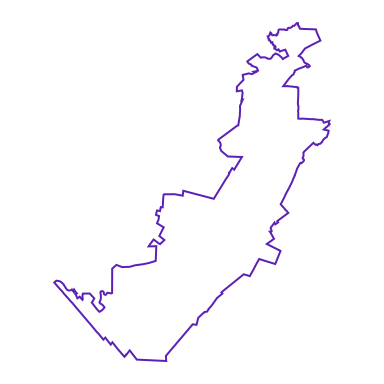 the district of Huixtla, Chiapas, Mexico
{"feature_id": "50627088B92942016070156", "entity_name": "Huixtla", "entity_type": "district", "adm_level": 2, "iso_a3": "MEX", "parent_name": "Mexico", "parent_adm1": "Chiapas", "projection": "robinson", "projection_center": [-92.525, 15.122], "detail": "fine", "context": "isolated", "style": "outline", "palette": "violet", "viewbox_px": 384, "rotation_deg": 0, "n_neighbors": 0, "source": "geoboundaries", "source_scale": "gbopen_adm2", "svg_char_len": 5769}
<svg xmlns="http://www.w3.org/2000/svg" viewBox="0 0 384 384"><path d="M54.3,282.5L59.2,288.2L62.6,291.9L64.2,294.0L64.5,294.3L66.0,296.0L67.0,297.0L67.2,297.4L68.3,298.5L70.5,301.1L71.1,301.6L74.5,305.5L76.1,307.5L76.7,308.2L79.4,311.4L81.1,313.3L87.8,321.3L89.8,323.5L96.9,332.1L98.7,333.9L103.3,339.6L105.3,337.6L110.7,344.6L112.4,342.3L117.7,349.0L124.4,356.8L125.9,354.8L126.1,355.1L129.7,350.4L136.8,359.6L166.2,361.0L165.9,355.9L192.7,324.3L196.5,324.8L198.2,317.9L203.1,313.2L203.9,312.8L204.3,312.1L207.1,311.6L207.9,310.3L208.5,309.6L208.5,309.0L211.3,306.0L215.5,300.2L216.9,298.1L222.4,293.6L221.4,292.4L223.5,290.6L243.7,274.3L249.8,276.1L253.7,269.1L255.7,265.2L259.1,259.0L266.1,261.2L275.3,264.0L280.5,250.9L266.8,244.0L274.0,238.8L270.6,232.7L269.9,231.7L271.2,231.7L271.5,231.5L271.7,231.0L271.6,230.5L271.3,230.0L270.7,228.5L270.7,228.0L270.8,227.6L271.0,227.2L271.6,226.5L274.5,222.6L275.3,224.3L278.1,222.4L277.2,221.2L278.7,220.0L288.3,212.9L287.1,211.5L286.1,210.5L283.7,207.7L280.7,204.3L284.0,198.0L286.5,192.6L289.0,188.1L292.3,181.4L293.5,178.2L294.8,175.7L294.6,175.5L295.7,172.8L297.0,169.0L297.4,168.0L299.3,164.6L300.5,162.9L301.2,163.2L301.9,162.9L302.3,162.3L303.4,161.4L304.0,160.4L304.0,160.0L303.7,159.2L302.7,158.6L302.6,158.2L302.9,157.2L303.3,156.7L303.5,155.4L303.5,152.4L305.0,150.8L313.4,142.8L315.1,144.4L315.5,144.7L315.7,144.8L316.3,144.5L316.7,144.6L317.2,145.0L317.5,145.2L317.8,145.0L317.9,144.8L318.5,144.0L319.1,143.9L319.8,143.9L320.3,143.7L322.2,141.8L322.2,141.5L323.3,139.7L325.2,137.9L326.7,137.2L328.4,132.5L328.6,130.7L323.8,129.5L326.3,127.1L326.8,126.9L327.4,126.3L328.1,125.5L328.4,125.3L329.6,125.3L329.1,125.1L328.9,124.8L329.0,124.6L329.7,124.0L329.6,123.9L328.9,123.3L328.7,122.9L328.8,122.2L329.3,121.0L323.9,122.7L322.2,119.9L318.1,119.8L315.9,119.4L315.4,119.5L314.5,119.4L313.3,119.1L311.2,119.2L302.4,118.6L300.8,118.8L298.3,118.6L298.2,115.2L298.3,112.8L298.0,110.8L298.3,110.3L298.5,106.5L298.0,104.9L298.0,104.2L297.9,103.6L298.0,100.3L298.2,98.1L298.2,95.3L298.3,91.9L298.3,88.0L297.6,87.9L297.6,87.2L290.3,86.4L287.5,86.2L287.1,86.0L286.9,86.2L283.3,86.2L288.6,79.1L292.0,75.3L293.4,74.5L293.9,73.2L294.7,71.9L294.7,70.7L299.0,68.6L303.4,67.0L306.2,65.6L307.2,67.4L308.3,67.2L309.3,66.7L309.8,66.2L309.7,65.9L309.1,65.2L307.6,64.1L306.9,63.7L305.2,63.0L304.5,62.5L304.0,61.7L303.3,60.1L303.2,59.6L302.7,59.2L302.0,58.0L301.6,57.7L301.2,57.7L300.6,56.9L298.7,56.0L301.8,52.8L305.0,48.5L312.6,44.5L320.4,40.6L317.1,33.2L315.9,29.4L302.4,28.9L299.9,28.7L299.3,27.5L299.3,26.7L298.0,25.2L298.0,23.2L297.0,23.0L296.6,23.3L294.2,25.8L292.9,25.8L292.4,26.4L291.7,27.0L290.9,27.6L290.4,27.8L290.1,27.9L288.6,27.8L288.2,28.0L287.7,28.3L287.5,29.5L287.2,29.9L285.9,30.1L285.2,29.9L284.2,29.4L283.8,29.4L283.4,29.6L279.4,29.4L278.6,29.9L278.3,31.5L278.3,32.3L277.5,33.5L277.0,33.8L277.2,34.3L277.4,34.4L277.1,35.0L276.5,35.5L275.2,35.1L272.8,35.2L272.5,35.3L272.3,35.2L271.5,34.5L271.4,33.4L270.4,32.5L269.2,35.7L269.1,35.8L268.7,36.2L267.7,36.4L268.3,38.1L269.3,39.2L268.7,39.9L269.4,40.6L270.0,40.8L270.6,41.3L270.6,41.6L271.1,42.7L271.4,42.5L272.1,42.3L272.0,42.9L272.2,43.1L272.5,43.1L272.7,43.4L272.7,43.5L272.6,43.9L272.8,44.1L273.0,44.1L273.6,44.9L273.4,45.3L275.0,46.3L275.1,46.2L275.6,46.9L275.0,47.4L274.6,47.4L274.4,47.5L274.2,48.0L274.3,48.6L274.7,48.7L275.9,49.3L277.0,50.3L277.3,50.2L277.9,49.6L278.5,49.3L279.2,50.7L279.8,51.5L281.7,50.8L285.3,49.7L288.2,55.9L286.8,56.7L284.1,58.2L282.8,59.1L281.8,57.6L278.5,54.7L277.8,54.5L275.5,53.5L274.7,54.2L273.6,54.8L272.9,55.6L272.2,56.8L270.8,58.6L268.5,58.9L265.8,57.6L265.0,57.4L263.7,57.3L262.3,57.3L260.9,57.7L257.3,54.1L247.3,61.4L247.7,62.2L248.5,63.2L249.2,63.8L250.1,64.2L251.1,64.5L251.5,64.9L251.6,65.7L256.5,67.5L257.5,69.3L258.0,70.7L254.0,71.7L255.4,72.3L254.5,72.7L252.0,74.1L248.7,73.4L246.5,74.0L243.7,74.6L242.7,75.0L243.5,79.9L240.9,82.5L236.9,86.8L236.8,91.3L241.9,90.4L242.6,92.8L241.9,98.5L241.5,100.5L242.6,100.0L240.0,105.9L240.0,106.8L240.1,109.0L240.1,110.6L240.0,112.0L239.9,112.8L239.8,116.7L239.4,117.6L239.4,118.4L238.7,122.4L238.3,125.4L237.3,125.6L218.7,139.4L218.1,140.3L219.2,141.5L219.5,141.7L220.2,142.6L220.6,144.0L220.8,145.1L220.6,145.6L220.6,146.0L220.0,147.3L220.0,147.8L220.3,148.5L220.3,148.8L220.6,149.2L221.2,150.9L227.9,156.5L241.9,157.0L234.2,169.7L233.8,169.3L232.2,168.1L230.8,170.3L229.0,173.8L228.9,173.7L228.8,174.8L225.7,179.4L216.4,194.5L213.8,198.8L183.3,190.8L182.7,195.7L174.7,194.2L164.4,194.3L164.1,194.3L163.6,194.8L163.2,198.3L162.7,207.3L160.8,207.1L160.0,211.1L159.2,210.9L159.3,210.9L157.0,210.5L156.0,214.9L159.1,216.1L158.5,219.7L157.0,223.3L163.7,227.3L159.3,236.0L164.4,240.0L160.1,244.1L158.9,243.5L153.6,239.5L150.1,244.1L148.6,246.4L156.3,246.2L155.7,260.9L151.2,262.3L148.5,263.1L143.1,264.2L135.0,265.3L129.8,266.8L122.2,267.1L116.5,264.9L112.2,268.6L112.1,293.0L111.3,293.4L111.0,293.4L108.0,292.8L107.5,292.8L106.9,293.2L106.4,294.3L105.9,294.7L105.5,294.9L104.3,294.5L104.1,294.3L104.0,293.9L103.9,293.0L103.8,292.4L103.2,291.6L102.4,291.1L101.2,291.3L100.8,291.5L100.4,292.4L100.4,292.9L100.8,294.5L100.8,296.5L100.9,297.7L100.8,299.0L100.1,301.1L99.6,301.9L99.5,302.3L99.6,302.7L99.7,302.9L100.2,303.4L101.0,304.0L101.8,304.3L102.6,305.0L103.6,306.1L104.5,307.5L102.3,310.0L100.6,311.2L99.5,311.8L99.3,311.7L98.6,311.1L97.3,309.6L96.9,309.2L91.8,302.6L94.3,298.5L89.7,293.5L82.9,293.6L82.7,294.4L82.5,295.8L82.5,298.2L82.7,298.5L82.7,299.6L82.5,299.9L81.8,299.2L79.7,296.7L77.4,298.3L75.6,294.2L76.9,293.4L76.2,292.8L75.4,291.5L74.0,289.4L73.5,290.3L73.6,291.8L71.9,289.5L71.1,290.2L69.6,290.5L68.5,290.4L67.4,290.0L66.3,288.8L64.0,285.2L63.7,284.5L63.0,283.8L61.7,282.5L59.8,281.3L58.1,280.9L56.3,280.7L54.3,282.5Z" fill="none" stroke="#5b21b6" stroke-width="2"/></svg>